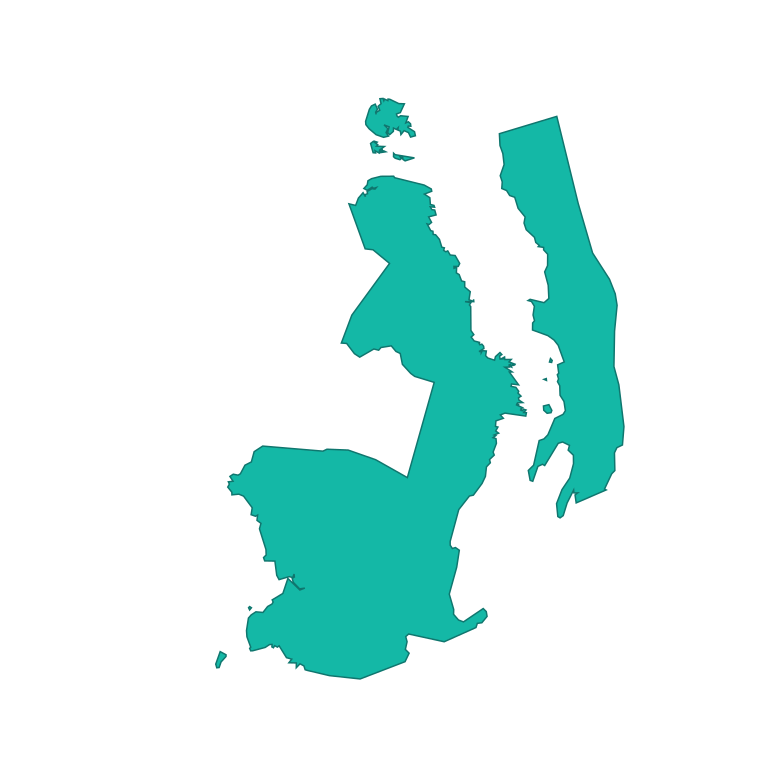 Muna, Sulawesi Tenggara, Indonesia (Mercator projection), rotated 341°
{"feature_id": "22746128B70372019871554", "entity_name": "Muna", "entity_type": "district", "adm_level": 2, "iso_a3": "IDN", "parent_name": "Indonesia", "parent_adm1": "Sulawesi Tenggara", "projection": "mercator", "projection_center": [122.695, -4.871], "detail": "fine", "context": "isolated", "style": "filled", "palette": "teal", "viewbox_px": 768, "rotation_deg": 341, "n_neighbors": 0, "source": "geoboundaries", "source_scale": "gbopen_adm2", "svg_char_len": 6183}
<svg xmlns="http://www.w3.org/2000/svg" viewBox="0 0 768 768"><g transform="rotate(341 384 384)"><path d="M405.8,637.3L406.6,632.5L404.7,628.6L381.7,634.8L377.6,631.4L374.8,624.4L376.5,619.9L377.3,603.9L393.1,580.9L401.1,565.7L398.3,561.9L395.1,561.8L394.1,558.0L395.3,554.4L413.8,527.1L428.3,517.7L432.3,518.2L444.3,510.0L449.8,504.4L453.9,495.7L458.9,493.1L459.2,489.8L465.1,487.1L465.0,483.9L471.0,476.7L472.1,472.1L469.6,470.2L472.9,469.2L471.6,468.1L476.4,467.8L474.3,464.8L477.7,461.8L475.6,460.4L477.8,455.3L485.7,455.3L483.9,451.1L488.9,450.9L507.6,460.5L509.3,457.5L506.8,456.5L509.8,454.8L507.6,453.1L506.6,454.3L505.0,453.7L504.4,452.5L505.8,453.8L505.5,452.0L507.3,451.5L502.0,446.5L505.1,447.9L503.2,446.1L504.1,445.3L509.1,446.7L506.3,443.0L506.7,440.8L509.6,440.1L507.7,436.2L509.0,434.8L507.6,430.1L503.4,427.6L504.6,425.5L511.0,428.6L506.4,413.5L509.1,414.3L503.8,407.5L508.1,408.8L508.5,406.7L509.9,406.7L509.1,408.6L510.2,409.6L510.2,407.9L513.3,408.7L512.1,408.4L511.3,407.4L513.8,408.5L514.4,408.0L509.4,403.8L512.3,402.2L506.2,400.2L506.8,397.7L505.0,398.0L505.8,398.4L506.0,399.3L501.9,398.2L502.4,395.2L505.0,394.5L503.9,392.0L498.3,394.4L496.3,397.5L490.6,393.2L489.3,390.3L491.5,386.1L487.8,384.5L486.1,386.1L486.5,384.8L484.4,384.2L490.0,383.0L490.5,380.7L489.5,378.2L487.3,378.0L487.1,375.8L488.4,376.1L483.3,372.7L481.7,368.0L485.0,366.6L483.6,361.7L491.2,339.0L490.5,337.1L492.6,335.4L487.4,332.5L495.7,335.4L496.3,333.1L495.5,335.0L491.8,332.0L495.6,324.8L491.9,318.6L493.6,313.6L490.9,311.8L490.7,305.0L488.6,302.5L490.7,297.3L487.9,297.4L488.4,295.6L492.5,297.0L494.8,294.7L493.1,285.7L488.6,283.6L487.6,278.9L485.5,279.1L483.9,277.1L485.4,274.9L483.2,273.5L483.5,265.3L481.4,259.7L479.2,258.6L480.0,255.5L478.1,254.2L476.9,246.7L478.5,247.9L481.6,246.7L480.6,240.5L488.3,241.1L488.6,236.0L486.0,234.7L485.4,231.5L489.4,233.3L489.4,231.4L486.3,229.3L488.0,222.8L484.0,217.6L491.9,217.3L492.2,215.0L486.8,209.0L461.2,192.4L460.8,190.7L448.6,186.6L439.1,185.8L435.0,186.6L433.0,190.2L428.6,192.6L431.2,195.4L436.9,194.0L438.2,196.0L439.2,195.6L440.8,195.7L438.9,196.8L436.2,195.4L430.7,196.5L430.4,198.7L427.7,198.8L427.4,200.9L426.5,196.3L420.3,199.9L415.3,205.9L409.5,202.2L410.2,250.1L417.3,253.5L428.5,271.8L376.0,308.4L357.0,331.4L361.9,333.5L365.9,345.7L369.8,350.7L385.8,347.6L390.0,350.3L393.0,348.5L403.3,350.3L405.9,357.1L409.3,360.4L407.8,371.4L412.7,382.7L415.5,386.8L432.0,398.8L375.6,480.1L351.5,452.9L328.6,434.8L308.8,427.1L304.4,427.6L249.1,403.2L239.2,405.7L233.2,414.5L226.1,415.5L219.0,422.1L216.4,422.7L212.1,420.2L208.2,421.2L209.6,426.8L205.0,425.8L205.2,428.3L202.7,430.6L204.9,436.8L204.1,439.3L210.9,440.9L214.7,444.3L219.1,458.1L215.8,464.3L219.4,467.2L221.8,466.8L219.5,471.6L222.3,475.7L219.1,480.4L218.5,502.1L216.9,507.3L213.6,508.9L213.6,512.4L223.2,515.9L220.3,529.9L221.1,534.8L231.7,535.3L234.7,537.3L237.1,534.4L236.4,537.4L233.9,537.9L233.7,542.1L237.5,550.2L242.7,551.2L237.4,551.4L229.8,536.6L220.2,549.1L208.0,551.7L208.2,554.1L206.4,555.6L201.5,556.5L195.2,560.6L188.7,557.7L183.2,559.1L179.6,561.2L173.7,572.4L172.1,578.4L172.3,589.5L170.9,590.2L171.1,592.9L173.0,593.5L185.9,594.4L190.9,593.1L193.4,593.8L192.4,596.1L193.6,597.4L195.4,595.8L197.6,598.1L199.6,597.4L202.7,611.0L207.2,614.1L203.3,616.6L210.3,619.2L208.7,623.7L213.5,621.2L216.5,624.5L216.4,628.5L218.5,630.0L237.5,642.0L265.4,655.1L313.5,653.4L320.1,646.7L317.8,641.9L321.9,635.2L322.3,629.9L325.9,628.4L357.0,647.3L391.7,644.2L394.3,640.7L398.8,641.6L405.8,637.3ZM559.6,556.5L558.3,555.1L570.1,543.0L574.1,541.0L579.5,524.1L583.5,520.0L589.6,519.3L597.0,502.4L605.8,461.2L607.1,442.3L619.2,409.1L630.0,385.5L632.0,374.0L631.3,358.4L623.9,328.1L626.4,276.5L634.5,187.2L574.6,184.9L571.3,196.3L571.4,204.8L569.0,215.6L561.7,224.9L561.6,231.4L559.0,237.5L562.9,241.0L564.2,246.7L568.4,250.0L568.0,261.6L571.8,272.0L568.8,277.4L568.7,284.4L574.0,294.3L573.6,299.6L576.0,303.6L574.6,304.3L579.4,306.8L578.6,309.1L581.0,314.6L577.2,325.3L572.4,330.3L571.4,344.1L567.7,356.8L561.8,359.2L549.7,351.5L547.4,352.0L550.3,354.0L551.5,359.4L547.4,367.3L546.9,373.2L544.4,374.7L542.0,381.3L554.7,391.6L559.1,397.8L561.3,404.1L561.6,421.8L554.4,422.4L552.7,430.7L550.9,431.6L550.7,436.0L548.8,438.2L549.6,442.9L546.8,452.0L548.5,459.1L546.8,468.3L543.4,471.0L534.3,472.2L522.4,485.4L517.3,488.0L512.3,488.0L499.0,509.5L492.3,512.7L490.8,522.7L493.0,524.4L502.7,512.0L507.7,511.5L509.4,513.4L529.4,496.8L534.0,497.0L539.4,502.4L536.6,506.5L539.9,513.0L537.2,521.1L529.0,533.4L517.9,541.8L508.2,553.3L505.2,565.9L506.9,567.9L510.6,566.8L518.4,556.1L528.8,546.0L528.1,548.8L531.8,550.0L528.5,551.1L527.0,559.0L559.6,556.5ZM476.1,116.0L476.1,113.7L473.0,112.9L472.5,118.0L468.9,119.5L469.1,123.8L464.9,124.7L464.3,126.5L464.6,124.2L467.3,122.0L466.8,116.5L462.7,117.0L459.6,119.5L452.1,129.7L451.3,132.9L453.0,137.8L457.7,145.7L463.9,150.6L468.9,151.1L467.8,147.0L470.8,143.8L468.4,139.0L472.6,142.5L469.3,147.4L470.5,150.1L475.1,148.2L476.3,145.1L478.6,147.4L480.9,146.2L479.7,148.3L481.8,150.2L481.2,153.7L485.5,151.0L489.0,154.3L489.5,159.2L494.5,159.5L495.0,155.4L490.1,149.1L490.9,148.0L493.3,149.0L493.8,146.6L492.4,144.0L489.6,144.2L493.9,138.9L487.1,135.8L484.4,136.4L483.5,134.7L483.7,132.7L487.8,132.7L494.5,125.7L489.3,123.7L482.2,116.7L480.6,115.9L479.9,117.3L477.2,114.7L476.1,116.0ZM135.8,598.4L139.4,593.8L145.9,590.2L146.5,588.6L142.0,583.7L133.7,594.1L133.5,597.9L135.8,598.4ZM456.0,155.8L452.9,151.1L449.6,152.2L449.0,161.8L451.3,162.8L451.5,160.5L454.6,164.0L456.0,161.4L461.7,159.6L454.3,156.7L456.0,155.8ZM469.2,170.8L468.2,168.9L467.0,172.2L468.1,174.2L472.1,177.1L473.9,176.5L473.2,174.5L475.0,176.0L475.7,175.0L475.0,177.8L476.6,179.9L486.4,180.1L469.2,170.8ZM533.2,457.2L527.6,456.7L526.5,460.8L528.7,464.8L532.6,465.5L534.1,463.6L533.2,457.2ZM549.7,414.1L547.6,417.1L549.5,418.2L550.7,416.5L549.7,414.1ZM184.5,550.7L183.1,551.4L183.4,553.9L185.8,552.4L184.5,550.7ZM458.6,161.9L456.5,161.9L455.1,163.4L458.3,163.6L458.6,161.9ZM461.2,165.0L459.6,163.4L457.3,164.3L461.2,165.0ZM539.2,431.7L536.8,431.7L538.8,433.5L539.2,431.7ZM456.3,153.1L453.4,150.9L455.2,153.5L456.3,153.1Z" fill="#14b8a6" stroke="#0f766e" stroke-width="1.5"/></g></svg>